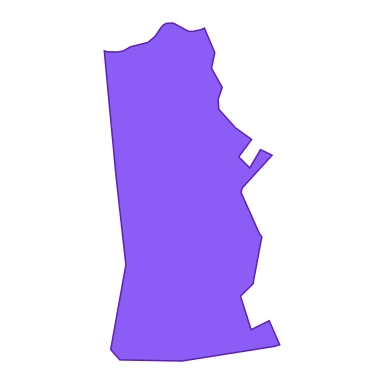 the district of Kenton, Kentucky, United States of America
{"feature_id": "52423323B50751707064389", "entity_name": "Kenton", "entity_type": "district", "adm_level": 2, "iso_a3": "USA", "parent_name": "United States of America", "parent_adm1": "Kentucky", "projection": "albers", "projection_center": [-84.527, 38.946], "detail": "fine", "context": "isolated", "style": "filled", "palette": "violet", "viewbox_px": 384, "rotation_deg": 0, "n_neighbors": 0, "source": "geoboundaries", "source_scale": "gbopen_adm2", "svg_char_len": 698}
<svg xmlns="http://www.w3.org/2000/svg" viewBox="0 0 384 384"><path d="M110.7,349.6L119.8,359.9L182.0,361.0L274.8,346.3L279.7,344.8L269.2,320.7L251.1,329.7L240.5,296.1L253.0,283.9L261.8,236.9L259.5,233.8L241.1,192.6L242.2,188.0L272.1,155.2L260.5,149.6L249.8,167.9L238.7,156.9L251.6,139.5L235.4,127.8L218.8,109.2L218.1,99.4L222.2,87.4L211.5,68.2L214.8,52.7L204.4,28.1L201.2,29.6L192.9,31.4L188.5,31.3L174.3,23.6L172.4,23.0L166.2,23.4L163.1,25.2L160.5,28.3L155.0,36.5L148.3,42.1L148.0,42.4L130.8,46.7L122.9,51.1L117.5,52.0L107.1,51.8L104.3,50.8L105.5,64.1L110.0,112.1L114.2,156.3L114.8,163.3L116.4,179.5L125.9,264.9L116.8,315.5L110.7,349.6Z" fill="#8b5cf6" stroke="#5b21b6" stroke-width="1.5"/></svg>